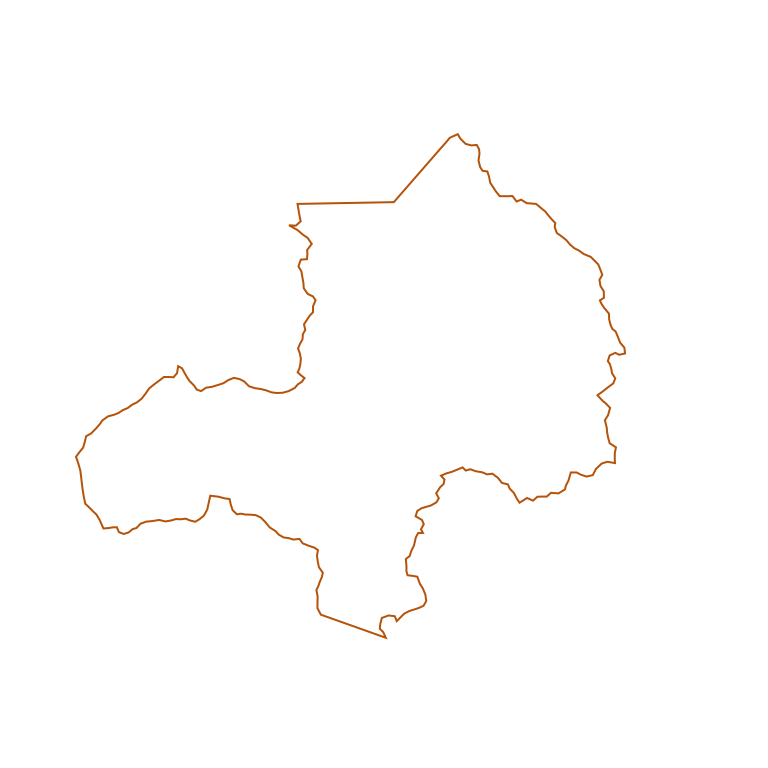 Catunda, Ceará, Brazil, rotated 207°
{"feature_id": "56859067B3960254179000", "entity_name": "Catunda", "entity_type": "district", "adm_level": 2, "iso_a3": "BRA", "parent_name": "Brazil", "parent_adm1": "Ceará", "projection": "mercator", "projection_center": [-40.173, -4.631], "detail": "fine", "context": "isolated", "style": "outline", "palette": "amber", "viewbox_px": 768, "rotation_deg": 207, "n_neighbors": 0, "source": "geoboundaries", "source_scale": "gbopen_adm2", "svg_char_len": 4042}
<svg xmlns="http://www.w3.org/2000/svg" viewBox="0 0 768 768"><g transform="rotate(207 384 384)"><path d="M542.8,505.2L536.7,496.9L532.1,491.1L534.5,485.0L540.7,482.3L531.1,481.9L523.7,480.2L518.4,479.5L512.0,476.1L513.3,468.5L511.2,464.9L509.3,460.3L514.6,457.0L513.6,449.9L508.9,447.0L501.5,437.2L499.0,432.9L492.8,429.6L487.1,429.8L483.0,427.6L482.5,421.0L479.8,415.7L481.1,411.6L481.8,406.3L482.4,400.9L478.7,396.4L478.9,391.6L476.9,386.8L477.1,381.7L476.7,376.6L473.1,373.3L469.6,368.9L467.5,363.5L466.4,359.3L466.2,355.2L462.2,354.1L457.5,353.2L458.2,348.7L460.6,344.6L461.7,340.0L465.7,334.4L470.3,330.2L475.4,327.3L480.4,325.5L486.3,324.8L491.8,323.5L497.0,321.7L503.3,320.7L509.7,322.8L514.9,322.8L520.6,321.3L524.6,316.7L527.3,312.0L530.7,308.5L536.1,303.3L540.8,300.0L543.8,294.6L548.3,294.0L552.6,296.4L558.7,298.4L562.6,300.6L566.1,302.9L571.1,306.3L575.5,306.4L573.3,299.7L574.6,294.4L579.5,292.3L583.3,290.3L585.5,285.6L588.5,279.6L591.3,273.3L592.0,267.6L593.3,260.8L595.9,255.3L598.9,251.4L601.6,246.0L604.7,242.4L607.4,237.7L610.7,233.9L615.2,229.9L618.4,223.7L619.0,219.4L620.3,214.0L622.5,207.0L625.7,202.2L624.4,197.0L623.2,190.7L624.4,185.2L625.4,179.3L620.5,174.7L615.2,168.9L612.0,164.2L608.3,158.6L604.3,152.7L600.7,147.8L595.8,141.7L590.0,140.0L585.3,138.4L580.9,137.1L575.8,133.9L568.4,127.9L564.3,130.4L560.8,133.0L557.0,135.1L553.0,131.7L547.8,132.2L544.1,135.9L542.2,140.4L539.2,143.3L537.5,149.0L533.4,153.4L528.2,156.7L522.6,160.8L516.4,162.3L511.5,165.9L508.2,169.1L503.5,171.3L499.5,174.0L495.0,174.3L489.6,175.6L487.0,179.8L484.7,185.0L484.5,191.9L488.1,205.6L480.4,208.4L474.0,209.8L469.3,211.4L466.4,207.7L461.7,202.9L455.9,201.1L452.4,203.6L448.4,204.7L443.5,207.0L438.8,208.9L433.2,209.1L427.6,207.3L420.7,204.3L414.0,203.7L409.3,202.0L403.8,201.7L399.3,203.3L394.0,204.3L389.0,207.6L384.1,205.1L378.3,205.6L371.6,206.6L367.4,206.0L365.8,200.6L362.7,196.1L358.9,191.3L352.8,188.0L351.7,183.6L351.4,178.5L350.8,174.2L350.7,169.7L346.7,164.6L344.2,159.4L341.5,154.0L335.5,149.8L267.2,158.7L272.1,162.6L276.6,164.0L278.4,168.6L279.7,174.6L274.9,179.8L269.0,182.0L265.0,178.5L263.2,184.0L261.7,188.6L258.4,193.2L254.7,196.8L251.0,200.6L248.1,204.4L247.8,209.8L251.6,215.2L256.5,219.4L261.4,222.3L266.8,227.4L271.2,226.1L276.2,224.3L279.0,227.3L281.3,231.9L285.1,238.0L283.0,242.4L283.9,247.6L284.0,253.9L286.0,261.7L285.9,266.7L281.7,269.0L285.1,271.3L284.9,277.1L288.4,280.1L295.8,280.5L296.7,286.0L294.2,290.3L287.1,297.0L283.6,302.3L283.3,307.1L287.9,310.3L287.1,317.6L285.5,321.9L286.7,326.3L291.6,328.2L287.9,332.6L283.3,336.9L276.1,345.4L271.9,344.0L268.4,347.2L262.4,348.0L256.5,349.9L251.1,350.3L246.7,353.3L239.8,352.1L234.0,349.4L228.0,350.8L224.6,347.9L218.8,345.9L213.4,342.0L209.3,339.8L204.8,347.4L198.3,347.7L196.1,353.2L192.0,355.5L187.9,357.5L185.8,362.9L178.9,365.7L174.9,372.2L175.8,376.1L175.8,381.7L177.4,390.0L172.2,392.6L167.1,392.6L161.5,393.5L156.6,397.6L156.6,404.5L153.9,412.0L149.7,416.1L142.3,418.4L144.6,422.4L147.0,427.3L148.6,432.9L156.0,433.6L160.0,438.0L163.0,441.9L165.8,446.3L170.7,452.0L170.2,458.0L171.7,465.4L177.6,467.4L181.8,468.3L188.7,470.9L185.8,476.5L183.2,482.2L180.0,488.6L180.5,494.0L185.8,497.2L188.2,500.5L191.6,504.1L195.0,506.1L195.9,511.9L192.0,516.8L187.8,516.8L183.1,520.6L186.3,525.5L192.3,528.0L197.4,532.5L201.4,535.9L205.6,536.8L209.0,539.5L212.8,543.9L215.5,548.8L222.4,551.8L226.4,554.0L229.6,556.5L227.2,560.7L230.2,566.3L235.6,569.6L239.3,574.6L239.1,580.4L244.0,584.9L247.4,587.8L251.7,589.2L257.4,591.1L265.0,590.5L271.0,591.4L276.1,591.4L281.5,592.7L287.0,595.0L293.4,596.3L298.5,597.0L303.1,601.2L304.5,605.2L309.4,606.9L314.3,608.9L318.5,610.9L323.6,612.0L330.3,613.5L339.0,609.9L345.5,610.5L348.7,606.8L354.9,609.8L359.5,607.2L366.2,603.9L371.8,606.4L375.6,608.6L380.7,611.5L384.6,616.5L388.4,620.3L393.0,618.7L396.8,620.9L401.3,626.1L403.5,632.6L405.9,636.4L409.9,639.1L414.6,636.2L420.3,635.0L427.2,637.2L431.7,640.1L437.2,633.2L438.5,627.2L440.1,621.2L457.8,550.5L542.8,505.2Z" fill="none" stroke="#b45309" stroke-width="2"/></g></svg>